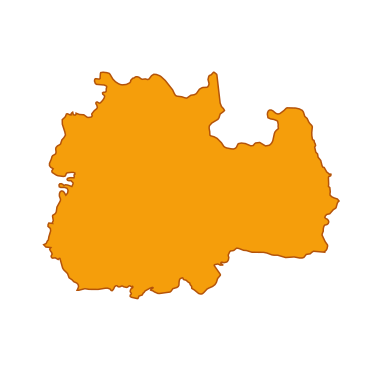 SVG path tracing the border of Northern, rotated 193°
{"feature_id": "GHA-2155", "entity_name": "Northern", "entity_type": "Region", "adm_level": 1, "iso_a3": "GHA", "parent_name": "Ghana", "parent_adm1": "", "projection": "albers", "projection_center": [-0.881, 9.332], "detail": "fine", "context": "isolated", "style": "filled", "palette": "amber", "viewbox_px": 384, "rotation_deg": 193, "n_neighbors": 0, "source": "natural_earth", "source_scale": "10m", "svg_char_len": 6004}
<svg xmlns="http://www.w3.org/2000/svg" viewBox="0 0 384 384"><g transform="rotate(193 192 192)"><path d="M281.9,70.4L281.4,72.6L281.3,74.5L282.2,76.3L283.9,77.4L287.0,78.0L289.0,79.4L292.5,80.8L294.9,84.5L299.6,87.4L301.0,88.9L305.7,97.5L306.4,97.5L307.2,96.1L310.4,97.1L313.0,96.2L313.8,96.4L314.7,97.3L314.8,98.3L314.3,100.0L315.3,101.6L316.8,102.9L317.8,104.3L317.0,106.1L322.0,105.5L324.7,107.3L322.5,109.0L321.9,111.8L321.2,113.0L321.4,116.0L321.0,122.3L321.8,124.6L324.6,126.1L324.9,127.9L324.5,129.6L320.7,130.0L321.2,130.8L320.7,132.8L322.5,137.2L322.4,138.0L320.7,139.7L320.0,141.1L319.8,142.3L320.2,146.9L318.3,153.8L318.5,155.5L320.2,158.0L320.6,159.3L320.8,160.9L320.5,162.5L319.6,163.6L318.1,163.8L316.6,163.0L314.2,160.5L313.0,163.0L313.1,165.6L314.5,167.5L317.2,167.8L320.8,166.9L322.5,167.2L323.2,169.0L322.6,170.3L321.2,170.7L319.6,170.4L318.4,169.6L316.8,170.6L314.7,170.8L310.3,170.3L309.7,173.4L310.0,174.2L312.4,175.8L314.6,175.3L315.9,175.4L316.6,176.3L316.3,177.3L315.2,178.0L313.8,178.6L310.2,179.3L310.2,180.6L310.8,182.0L310.1,183.0L310.5,184.2L312.1,184.4L313.7,184.1L317.7,182.7L318.4,182.1L318.7,181.3L319.0,179.5L319.4,178.8L320.8,178.2L326.3,177.7L327.9,177.9L332.6,179.6L333.1,180.4L333.3,181.3L332.5,183.4L335.2,184.3L336.8,185.7L337.3,187.8L336.5,192.3L336.4,194.9L336.0,196.0L333.5,198.4L333.4,200.2L334.5,203.3L334.5,204.8L333.5,206.6L331.5,208.4L330.9,209.2L330.5,213.5L329.0,216.2L328.1,219.0L329.3,221.7L333.6,228.9L334.7,233.3L332.8,236.1L332.3,237.2L331.9,239.8L330.9,240.2L328.1,239.7L327.2,240.0L327.6,240.3L327.1,241.8L326.2,242.9L325.2,240.9L324.2,240.5L323.1,240.7L322.5,241.5L322.7,242.7L319.2,242.2L314.8,242.9L310.8,241.2L309.4,241.4L307.2,242.3L306.6,242.9L306.4,244.0L307.0,244.7L307.2,245.7L305.5,249.3L303.7,251.6L303.2,253.0L304.2,255.1L305.4,256.3L305.7,257.1L305.6,257.7L305.3,258.1L304.6,258.4L302.3,257.7L301.3,258.3L299.7,261.1L298.7,263.8L298.7,265.8L299.3,266.4L300.9,267.2L301.5,268.4L300.9,269.2L299.4,269.6L298.5,270.3L298.3,271.0L298.8,273.4L298.7,274.9L298.9,275.7L299.7,276.1L301.6,276.5L309.3,275.4L310.6,276.0L312.0,278.2L312.1,279.7L311.7,280.6L311.1,280.8L307.8,281.1L307.1,281.9L307.9,286.8L307.8,287.8L305.6,288.7L302.0,289.1L299.5,289.0L298.4,288.3L294.5,284.2L291.4,282.2L288.1,281.0L285.9,280.6L284.1,280.7L280.2,282.0L277.3,284.3L276.7,285.6L276.8,287.1L275.6,289.1L275.4,289.5L274.2,290.0L273.2,291.2L272.5,291.7L271.0,292.0L269.5,291.9L267.0,290.8L265.9,290.6L262.9,291.7L260.4,291.6L259.3,292.4L257.6,296.2L255.7,298.1L253.2,298.5L249.6,298.0L248.0,297.4L243.1,294.6L233.9,287.2L231.8,284.5L230.4,282.9L229.3,282.2L228.2,282.0L223.4,282.5L220.6,282.2L218.6,282.2L217.8,282.7L214.9,286.0L211.9,287.2L210.4,288.3L209.7,289.3L207.9,293.8L206.0,295.6L204.9,296.3L201.3,297.3L200.5,297.8L199.9,299.1L199.7,300.7L199.9,301.7L201.7,305.2L201.7,308.4L201.3,309.4L199.7,310.5L198.0,313.5L197.2,313.6L194.4,312.2L194.0,311.4L184.6,285.0L182.5,281.9L180.1,280.3L178.7,278.8L179.3,277.6L182.1,274.3L182.4,270.4L183.1,268.6L188.1,263.8L189.9,260.6L189.9,259.2L189.6,257.8L188.3,254.8L187.4,251.5L186.2,250.9L183.0,250.8L179.6,249.9L174.4,246.6L171.4,243.7L170.3,243.1L168.2,242.7L163.5,242.9L161.3,243.2L159.5,244.4L158.8,245.6L158.0,249.1L157.4,249.7L154.9,250.8L150.9,251.2L145.0,250.2L142.8,251.1L141.8,253.2L141.0,254.1L137.2,255.5L130.7,253.4L127.1,255.0L126.0,256.5L125.2,258.2L124.8,260.1L124.9,267.3L124.7,269.0L123.8,270.9L122.1,273.2L122.9,275.4L123.1,277.0L124.3,279.8L125.2,280.6L128.6,281.1L131.9,280.9L134.7,281.5L136.1,284.8L136.2,286.4L135.9,288.0L135.0,289.2L133.4,289.7L131.5,289.3L128.0,287.5L125.8,287.3L124.0,288.2L120.7,292.1L119.2,294.6L118.3,295.4L109.9,297.1L106.1,297.1L102.9,296.3L101.4,294.9L99.1,291.0L96.4,289.6L94.0,286.5L92.7,285.3L90.2,283.7L89.4,282.5L88.7,276.9L87.9,273.8L86.4,270.2L84.7,269.7L83.8,267.8L82.7,266.5L82.0,265.0L82.6,263.4L80.3,258.6L78.2,257.3L77.0,254.3L73.7,251.7L71.2,246.9L70.0,245.6L68.7,245.6L65.2,241.8L62.4,240.5L62.2,240.1L60.8,240.7L60.4,240.0L60.6,238.9L62.2,237.8L62.3,236.6L60.6,230.3L60.3,228.1L58.7,227.3L57.3,223.2L57.2,221.4L56.7,219.9L54.5,218.7L52.2,218.2L48.8,217.9L46.7,216.3L47.5,215.1L47.9,213.7L48.1,209.2L48.4,208.5L50.3,206.6L52.9,201.8L55.7,200.4L56.7,198.7L56.9,197.0L55.5,196.2L54.0,195.9L52.7,194.9L52.0,193.6L52.2,191.9L53.1,190.7L55.3,189.5L55.8,188.0L55.8,185.6L55.3,183.4L55.7,180.6L55.6,179.3L51.2,173.7L48.1,170.9L47.7,169.9L47.7,167.1L48.1,165.6L48.9,164.3L50.0,163.3L49.7,163.1L60.3,161.6L61.7,160.2L62.9,158.4L66.6,156.9L68.3,153.4L69.8,152.5L72.5,151.9L77.9,151.7L86.0,149.2L94.3,149.7L97.7,148.9L99.9,148.7L105.3,149.4L108.7,149.3L120.1,146.8L125.8,147.2L128.6,146.8L133.5,147.5L135.6,147.4L136.1,147.1L138.0,144.6L138.8,144.1L141.2,143.2L141.8,142.3L142.5,139.0L142.3,138.0L141.4,136.5L141.3,134.1L141.9,132.2L142.6,131.5L145.0,130.3L147.1,130.4L147.8,129.9L147.9,129.2L147.7,128.8L145.8,128.2L145.7,127.7L148.2,127.1L149.4,127.5L150.9,127.6L153.7,126.2L153.9,125.7L153.6,125.1L146.2,118.4L145.7,117.7L145.7,117.2L147.6,113.4L147.9,109.4L148.8,106.9L150.7,104.6L154.2,102.0L155.5,100.8L157.8,96.8L158.9,95.3L159.7,94.8L160.9,94.5L162.7,94.6L167.7,97.1L170.5,98.0L171.2,100.0L172.9,101.3L173.8,102.9L175.2,103.2L177.9,104.7L180.5,104.8L180.9,105.1L181.2,105.9L182.2,106.2L183.9,105.0L184.4,104.0L184.4,101.8L183.8,98.3L184.1,96.9L185.2,95.6L188.9,93.5L190.1,90.6L190.9,89.6L200.8,85.8L202.5,85.5L206.2,86.2L207.6,86.8L210.2,87.1L210.1,87.8L208.4,89.7L208.4,90.0L208.8,90.2L209.3,90.1L211.2,88.9L215.4,85.1L216.1,83.4L216.9,82.3L217.3,80.5L220.2,78.7L220.7,76.1L221.3,75.8L227.4,75.8L228.7,76.3L229.0,77.6L228.3,78.6L228.3,79.5L229.8,81.0L230.0,82.5L229.6,84.0L228.4,85.2L228.2,86.1L228.7,86.7L229.8,86.0L231.1,86.6L231.6,86.6L232.4,86.1L233.4,84.8L234.3,84.3L237.2,84.3L238.5,84.7L239.5,84.5L240.6,83.6L241.8,83.1L242.7,83.1L244.1,83.8L245.1,83.5L246.0,82.4L246.7,79.3L247.7,77.8L248.7,77.9L250.1,79.1L252.8,79.3L254.9,78.7L261.5,76.0L270.4,74.0L274.6,73.7L280.2,70.8L281.9,70.4Z" fill="#f59e0b" stroke="#b45309" stroke-width="1.5"/></g></svg>